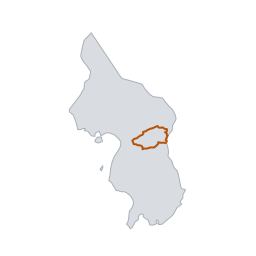 location of Gafsa within Tunisia, rotated 159°
{"feature_id": "TUN-112", "entity_name": "Gafsa", "entity_type": "Governorate", "adm_level": 1, "iso_a3": "TUN", "parent_name": "Tunisia", "parent_adm1": "", "projection": "albers", "projection_center": [8.747, 34.421], "detail": "fine", "context": "in_parent", "style": "outline", "palette": "amber", "viewbox_px": 256, "rotation_deg": 159, "n_neighbors": 0, "source": "natural_earth", "source_scale": "10m", "svg_char_len": 3892}
<svg xmlns="http://www.w3.org/2000/svg" viewBox="0 0 256 256"><g transform="rotate(159 128 128)"><path d="M175.4,144.5L175.3,145.3L174.6,150.7L174.5,152.7L174.4,156.0L174.5,160.0L176.6,163.3L176.7,164.8L176.0,166.5L172.4,168.6L167.9,171.3L164.0,173.8L159.7,176.5L158.4,178.2L156.3,179.6L154.5,180.9L154.2,182.2L153.0,184.6L151.4,186.5L147.2,187.5L146.5,188.1L144.6,191.0L143.7,192.1L142.6,194.5L144.1,200.5L146.0,206.8L146.3,209.4L146.4,211.6L145.4,213.9L143.2,217.3L141.6,219.8L138.5,224.3L137.6,225.4L135.4,226.7L131.2,228.4L128.3,230.0L126.7,223.2L125.4,217.5L124.3,212.7L122.4,204.4L120.8,197.2L119.2,190.2L117.8,183.7L116.3,177.2L115.7,176.3L111.5,173.2L107.6,170.4L103.5,167.2L99.1,163.7L98.4,159.3L96.2,152.7L93.9,149.0L93.0,148.0L88.2,145.6L85.5,143.8L84.7,142.8L84.2,140.1L82.3,134.8L80.2,129.9L79.4,126.6L79.3,122.4L79.8,119.5L80.8,118.2L85.4,114.5L87.6,110.1L90.2,108.4L92.5,107.2L94.4,105.7L96.0,103.4L97.3,100.9L97.5,98.1L98.1,93.8L98.9,90.8L100.8,87.4L100.0,84.6L99.0,81.7L99.4,76.5L99.1,74.4L98.3,72.6L97.5,70.2L97.5,68.2L98.3,63.1L98.9,59.1L99.9,54.0L99.6,52.5L98.9,51.5L96.7,50.3L96.7,49.6L97.2,48.9L100.4,46.4L102.1,42.7L103.6,42.0L105.8,40.6L105.7,39.2L105.2,37.7L110.9,36.0L116.3,31.4L118.2,30.3L130.6,26.0L132.2,26.3L134.1,26.9L133.6,28.5L132.8,29.7L133.9,31.9L135.4,30.5L135.0,29.6L134.9,28.5L137.5,28.3L139.8,28.5L142.3,29.7L142.2,34.7L145.6,39.5L144.7,41.9L147.4,43.3L149.9,41.5L151.0,39.0L155.5,37.4L159.6,33.6L162.0,33.2L162.6,36.2L163.8,38.9L162.2,39.8L160.2,42.7L156.5,49.9L152.9,52.1L150.3,54.9L149.4,56.9L149.2,59.2L149.9,63.3L152.0,67.4L154.3,69.9L156.5,70.6L161.8,74.5L161.7,76.8L162.5,79.6L162.9,83.0L164.7,85.7L161.0,91.7L159.0,96.0L155.0,102.0L151.4,105.9L143.5,111.8L141.6,113.7L140.4,115.7L139.8,117.7L140.1,120.1L142.8,126.0L146.3,129.5L149.9,131.3L156.1,130.4L155.9,132.7L156.4,135.4L158.9,135.2L160.6,134.8L161.9,132.1L165.0,133.8L166.7,139.4L169.3,141.0L169.6,141.7L168.7,142.1L168.1,142.8L168.8,143.2L171.3,143.8L172.8,143.4L175.4,144.5ZM161.9,129.3L161.3,129.5L160.1,130.3L159.5,130.4L157.8,129.6L157.1,129.6L156.2,129.0L156.5,125.6L156.7,124.7L160.9,124.5L163.3,126.4L163.6,126.9L163.7,127.5L162.7,128.6L161.9,129.3ZM168.8,99.6L165.2,101.7L165.8,99.9L168.2,97.7L168.8,98.2L168.8,99.6Z" fill="#d9dde1" stroke="#a8b0b8" stroke-width="1"/><path d="M93.9,106.5L94.9,105.6L95.4,105.3L95.6,105.1L95.7,104.9L95.9,104.4L96.0,104.2L96.9,103.7L97.1,103.3L96.5,102.4L96.5,101.9L96.8,101.5L97.6,100.7L97.9,100.7L98.8,100.8L99.1,100.9L99.4,101.2L99.9,101.5L102.4,102.3L102.8,102.6L104.4,103.5L104.7,103.6L104.9,103.7L105.0,103.4L105.1,102.9L105.2,102.7L105.4,102.5L105.7,102.4L108.1,101.2L108.3,101.1L109.4,100.9L109.8,100.8L110.5,100.4L114.3,101.9L116.6,101.9L119.0,102.4L120.5,103.2L120.8,103.3L120.9,103.2L121.1,103.2L121.4,103.0L121.6,102.9L121.8,102.9L122.0,103.0L122.0,103.3L121.4,104.7L121.4,104.9L121.4,105.0L121.4,105.3L121.4,105.5L121.6,105.9L121.7,106.1L121.9,106.4L122.4,107.0L123.1,107.5L123.3,107.7L123.5,107.8L125.0,108.3L125.4,108.7L125.7,109.2L125.8,109.4L126.0,109.6L126.7,110.0L126.8,110.1L127.9,110.7L128.2,110.9L128.4,111.0L128.4,114.6L127.9,114.8L127.5,115.0L126.5,115.5L126.3,115.6L126.1,115.6L123.4,115.3L122.9,115.4L121.5,116.0L118.3,116.6L118.0,116.5L117.5,116.4L117.3,116.4L116.4,116.8L115.9,117.1L115.7,117.3L115.6,117.5L115.5,117.8L115.5,118.4L115.5,118.5L115.4,118.7L115.4,118.8L115.2,118.9L113.5,118.8L112.6,118.5L112.4,118.5L112.2,118.6L111.4,119.0L107.3,119.3L106.0,119.1L105.1,119.0L99.9,119.3L99.8,119.2L99.6,119.0L99.4,118.3L99.3,117.9L99.2,117.6L98.9,117.3L98.5,117.0L98.3,116.9L96.5,116.3L95.7,116.2L95.4,116.1L95.1,115.7L94.9,115.2L94.5,114.7L94.3,114.4L93.9,114.0L92.1,112.9L92.1,112.7L92.2,112.3L92.3,112.1L93.2,111.0L93.3,111.0L93.4,110.9L93.5,110.9L94.7,110.7L94.8,110.7L94.7,110.2L93.8,109.3L93.8,109.1L93.8,108.9L94.2,107.4L94.2,107.1L94.0,106.6L93.9,106.5Z" fill="none" stroke="#b45309" stroke-width="2"/></g></svg>